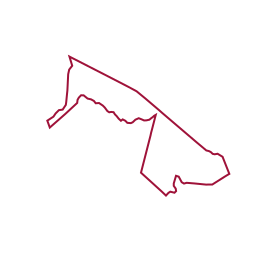 the district of Calumbi, Pernambuco, Brazil, rotated 150°
{"feature_id": "56859067B78601657287504", "entity_name": "Calumbi", "entity_type": "district", "adm_level": 2, "iso_a3": "BRA", "parent_name": "Brazil", "parent_adm1": "Pernambuco", "projection": "equal_earth", "projection_center": [-38.061, -8.019], "detail": "fine", "context": "isolated", "style": "outline", "palette": "rose", "viewbox_px": 256, "rotation_deg": 150, "n_neighbors": 0, "source": "geoboundaries", "source_scale": "gbopen_adm2", "svg_char_len": 1186}
<svg xmlns="http://www.w3.org/2000/svg" viewBox="0 0 256 256"><g transform="rotate(150 128 128)"><path d="M195.5,167.5L175.4,171.5L159.5,175.1L157.6,177.6L155.4,178.9L152.3,179.8L150.1,178.5L148.3,173.7L145.7,171.3L144.0,168.5L143.6,165.6L140.6,164.1L138.6,160.0L137.9,157.4L137.4,153.0L136.4,151.0L134.5,150.3L132.6,148.9L132.5,146.3L131.9,144.1L131.4,140.7L130.5,137.8L128.3,138.1L126.7,135.6L126.0,132.8L123.1,130.8L121.1,130.6L117.4,131.5L113.8,131.1L111.9,128.7L110.3,126.5L108.2,125.4L105.3,124.5L102.9,124.9L101.0,125.1L99.3,125.5L97.4,125.5L107.8,114.9L110.4,112.3L112.1,110.4L139.1,82.8L130.6,56.3L128.9,50.5L125.4,51.6L123.2,51.7L120.1,48.7L117.9,49.3L117.0,51.6L117.3,55.0L116.1,57.1L110.3,62.6L108.4,60.5L108.6,54.2L107.3,51.9L104.6,51.2L98.1,46.7L88.9,40.1L83.3,36.9L69.2,37.5L65.2,37.6L63.2,37.6L60.5,55.8L63.3,60.9L66.1,61.9L67.6,63.3L68.3,65.7L69.5,67.6L71.4,69.4L75.7,81.2L90.9,124.1L92.2,128.0L98.3,145.1L102.2,155.5L107.2,163.6L122.3,187.1L143.0,219.1L145.2,209.8L149.7,208.0L152.9,204.5L161.8,190.7L163.7,188.1L168.5,181.4L170.3,179.1L175.4,176.6L178.9,178.0L183.4,176.8L186.9,175.1L194.2,174.7L195.5,167.5Z" fill="none" stroke="#9f1239" stroke-width="2"/></g></svg>